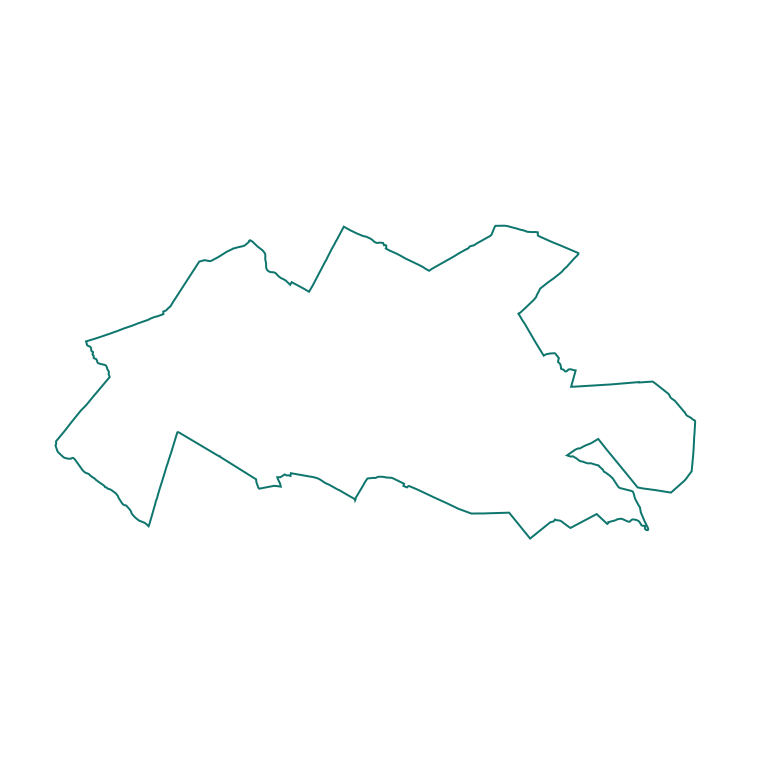 outline of Clejani, Giurgiu, Romania, rotated 8°
{"feature_id": "2599482B97356742421436", "entity_name": "Clejani", "entity_type": "district", "adm_level": 2, "iso_a3": "ROU", "parent_name": "Romania", "parent_adm1": "Giurgiu", "projection": "orthographic", "projection_center": [25.72, 44.314], "detail": "fine", "context": "isolated", "style": "outline", "palette": "teal", "viewbox_px": 768, "rotation_deg": 8, "n_neighbors": 0, "source": "geoboundaries", "source_scale": "gbopen_adm2", "svg_char_len": 6093}
<svg xmlns="http://www.w3.org/2000/svg" viewBox="0 0 768 768"><g transform="rotate(8 384 384)"><path d="M152.3,547.5L153.3,548.5L155.7,550.5L159.0,552.6L160.7,553.4L166.0,554.7L167.9,555.6L170.7,557.6L171.2,555.2L172.6,545.6L173.8,536.8L174.0,536.0L174.3,532.7L174.7,530.4L175.3,527.7L175.4,526.2L176.2,520.6L178.8,505.0L180.2,495.8L180.8,492.9L181.5,488.2L182.0,486.1L182.1,484.7L182.5,483.2L186.0,461.0L186.2,460.6L186.6,460.3L188.1,460.7L229.2,477.9L229.9,478.2L231.2,478.4L231.1,478.6L270.6,496.2L271.3,499.0L274.0,504.2L274.9,505.0L276.3,504.6L289.1,500.2L291.6,500.0L296.1,500.0L294.9,497.0L292.0,492.7L291.3,491.2L294.4,490.7L298.3,487.4L300.4,488.1L301.9,487.7L304.2,488.1L304.2,485.3L327.6,486.1L331.2,486.6L334.0,487.5L339.3,490.1L343.5,491.3L353.0,495.0L354.3,495.3L366.9,500.4L369.3,501.3L371.0,502.2L371.3,502.6L371.6,503.3L371.9,502.3L371.7,501.6L371.8,500.8L377.4,487.5L379.0,483.3L380.6,480.2L381.0,479.8L382.3,479.4L383.2,479.3L386.1,478.5L388.5,478.3L390.8,476.9L391.9,476.5L395.6,476.1L397.4,476.1L398.7,476.3L401.9,476.0L402.5,476.1L404.4,475.8L406.2,476.2L417.8,480.0L417.4,482.2L418.0,482.4L421.1,483.2L421.7,482.3L422.3,482.0L422.9,481.5L432.2,484.0L450.2,489.6L463.1,493.4L475.4,497.3L488.5,500.1L499.6,498.5L525.8,494.0L550.2,516.7L567.9,497.8L571.2,496.4L572.2,494.4L573.5,494.8L577.1,494.8L578.6,495.2L585.4,499.0L588.7,500.6L612.7,483.2L624.5,491.5L625.4,490.6L625.6,490.1L625.4,489.6L632.1,486.8L633.7,485.6L636.9,484.5L638.6,484.5L641.2,485.2L643.6,486.0L645.5,486.3L646.5,486.1L648.1,484.1L648.7,483.6L649.7,483.4L652.8,483.5L655.4,484.4L656.4,485.3L658.6,488.0L659.3,488.4L661.8,488.2L662.2,488.6L662.4,489.5L662.4,490.3L662.5,490.8L662.9,491.4L663.4,491.7L664.4,492.1L665.5,492.0L665.8,491.4L665.7,490.3L660.9,483.2L656.2,475.4L654.6,470.5L653.5,469.3L648.9,463.1L647.9,461.2L647.1,459.0L645.8,456.5L645.3,455.9L644.2,455.5L632.3,454.2L631.2,453.8L630.2,453.1L623.7,445.7L620.5,443.4L615.9,440.9L613.9,440.2L612.7,438.4L609.1,436.0L608.8,435.8L608.9,435.7L608.2,435.1L607.2,434.6L606.0,434.7L600.0,433.7L596.9,434.2L595.7,434.1L591.0,433.1L589.4,433.2L588.5,432.9L584.7,430.8L581.1,429.3L579.0,429.9L575.2,429.2L582.3,422.6L585.3,420.7L586.7,420.7L591.3,417.3L597.5,413.7L603.8,408.6L612.8,417.2L639.1,441.4L649.5,451.1L655.0,451.4L667.9,451.3L683.3,451.6L695.0,437.9L696.3,435.9L700.8,427.6L700.0,410.1L699.2,400.0L698.5,393.0L698.4,390.3L697.4,378.1L696.9,376.9L695.9,376.7L693.2,375.2L693.0,374.9L690.2,373.8L689.4,373.6L687.8,372.7L686.5,371.2L686.1,370.3L685.5,370.1L684.5,369.2L674.3,360.1L670.6,358.2L669.6,357.5L667.7,354.7L667.1,354.2L653.3,346.1L649.7,344.2L636.4,347.0L636.3,346.6L609.0,352.8L574.6,359.8L569.7,360.7L571.9,343.9L569.4,343.8L566.6,343.4L564.6,344.0L563.8,345.1L563.3,345.7L562.3,346.3L561.7,346.3L559.7,344.8L557.5,344.5L557.1,344.1L557.2,343.3L556.7,342.5L556.6,341.6L555.9,340.1L555.1,339.2L553.6,338.2L553.2,337.7L553.4,335.3L553.3,334.2L553.5,334.0L549.3,329.9L548.4,329.8L544.6,330.6L541.4,331.6L540.1,332.2L538.2,333.7L527.5,320.7L515.2,305.0L511.7,301.1L508.3,296.7L507.3,295.6L507.7,295.2L508.5,294.8L509.0,294.4L513.6,288.8L521.1,279.2L521.7,277.9L522.5,276.9L523.1,274.1L524.3,271.2L525.2,268.1L525.5,267.7L532.3,260.5L537.5,255.6L543.2,249.6L544.7,247.8L546.6,244.9L548.5,242.7L550.2,240.2L554.4,233.9L557.5,229.8L558.4,228.2L558.2,227.3L539.0,222.1L531.2,220.2L516.3,215.9L515.8,215.6L515.6,215.3L515.2,212.4L512.8,212.4L509.4,213.0L504.7,213.3L503.1,213.0L502.5,212.7L501.7,212.7L500.0,212.3L499.2,212.4L495.5,211.9L494.0,211.6L486.7,210.8L485.2,210.5L483.9,210.5L482.1,210.4L472.5,211.8L472.1,212.2L471.5,214.0L469.7,221.2L468.8,222.4L455.9,232.2L453.9,234.1L452.5,234.6L450.1,235.7L449.5,236.3L448.8,237.6L447.8,238.5L447.2,239.0L447.0,238.9L440.2,244.0L435.3,248.1L417.6,261.6L415.2,263.5L412.9,265.6L408.8,264.0L406.7,262.9L401.6,261.1L387.4,256.6L381.9,254.4L377.8,253.0L371.4,251.2L366.9,249.6L367.2,248.3L367.2,247.8L366.9,246.7L366.4,246.3L365.9,246.2L364.7,246.6L363.5,244.5L360.6,244.5L357.5,245.3L355.8,245.0L354.4,244.4L352.0,242.7L350.8,242.1L345.6,240.5L343.4,240.5L342.0,240.2L336.5,238.8L329.0,236.4L322.3,233.8L316.8,248.9L316.6,249.0L315.5,252.4L313.1,258.4L313.1,258.7L310.5,266.1L309.5,269.4L309.1,270.0L299.5,296.9L296.9,303.1L290.9,300.6L278.4,296.0L277.3,298.8L272.7,295.5L271.3,294.8L270.2,294.3L269.0,294.0L266.7,293.2L264.6,292.0L261.3,289.3L259.6,288.8L258.9,288.7L257.9,288.9L255.8,288.9L254.5,288.6L253.6,288.2L252.5,287.4L251.5,286.1L251.2,285.3L250.9,284.2L250.5,281.2L249.1,277.1L248.8,275.5L248.8,274.0L248.4,272.4L248.0,271.4L247.4,270.7L245.6,268.9L244.7,268.3L239.1,265.1L234.2,261.5L232.4,260.6L231.3,260.3L230.8,260.8L231.0,260.9L230.8,261.5L230.3,262.3L226.8,266.2L225.2,267.1L220.9,268.7L215.3,271.1L215.2,271.4L210.3,274.6L202.2,281.4L195.9,286.0L195.0,286.4L193.8,286.6L189.2,286.3L184.0,288.5L163.6,332.4L161.6,337.1L161.1,337.4L160.8,337.9L159.9,338.8L158.2,341.2L157.5,341.8L155.3,343.0L155.8,345.5L150.8,348.2L146.8,349.9L143.4,351.9L141.7,353.2L132.5,357.9L126.3,361.4L118.7,365.2L112.3,368.8L108.9,370.5L107.2,371.5L91.8,379.2L83.0,383.3L83.8,384.9L84.4,386.7L86.1,387.6L87.3,387.7L88.0,388.2L88.7,388.8L88.9,389.3L89.4,391.1L89.8,392.1L90.1,392.4L91.0,392.5L91.4,393.0L91.5,393.8L91.2,395.3L91.3,395.5L91.6,395.9L92.4,396.3L92.7,396.7L92.8,397.1L92.8,398.6L93.5,399.0L95.4,399.3L96.4,400.6L97.4,402.7L97.9,403.1L100.5,403.6L104.5,403.9L105.6,404.2L106.3,404.7L107.3,406.1L107.9,407.7L109.4,409.5L109.9,410.3L109.9,411.9L110.0,412.7L111.4,415.3L97.5,437.4L92.1,446.3L87.6,452.3L79.7,465.5L74.2,475.1L67.2,486.4L67.7,488.8L67.6,489.8L67.2,490.5L70.0,496.0L70.9,497.0L76.9,501.2L78.7,501.7L81.8,501.9L84.2,501.6L85.5,500.6L86.5,500.5L87.0,500.7L88.4,501.7L97.6,511.4L100.2,513.2L102.0,513.7L103.9,514.1L106.5,515.9L109.0,517.2L110.4,517.7L111.7,518.8L115.7,521.0L120.4,523.3L121.6,524.1L122.2,525.0L123.7,525.1L124.8,526.0L125.5,526.2L125.8,526.4L127.1,526.3L129.0,527.1L133.7,529.6L136.1,532.0L137.1,533.8L141.2,538.6L142.3,539.5L143.0,539.9L144.2,540.2L145.4,540.1L145.9,540.4L149.6,543.6L150.7,544.7L152.3,547.5Z" fill="none" stroke="#0f766e" stroke-width="2"/></g></svg>